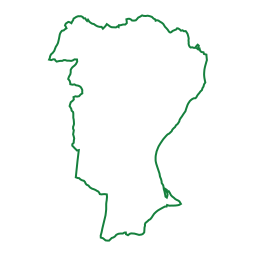 outline of São Francisco de Itabapoana, Rio de Janeiro, Brazil
{"feature_id": "56859067B40188344315661", "entity_name": "São Francisco de Itabapoana", "entity_type": "district", "adm_level": 2, "iso_a3": "BRA", "parent_name": "Brazil", "parent_adm1": "Rio de Janeiro", "projection": "mercator", "projection_center": [-41.135, -21.454], "detail": "fine", "context": "isolated", "style": "outline", "palette": "green", "viewbox_px": 256, "rotation_deg": 0, "n_neighbors": 0, "source": "geoboundaries", "source_scale": "gbopen_adm2", "svg_char_len": 4493}
<svg xmlns="http://www.w3.org/2000/svg" viewBox="0 0 256 256"><path d="M65.0,25.4L65.7,26.5L66.5,28.3L64.9,29.3L63.7,30.4L61.9,30.8L60.6,32.5L59.8,34.4L59.4,36.6L59.0,38.7L58.6,40.4L58.0,42.9L57.1,44.8L55.8,46.8L55.0,48.8L54.3,50.8L52.8,52.8L51.0,54.4L50.1,56.3L49.8,58.1L49.1,59.6L51.3,60.1L53.2,59.3L54.7,59.4L55.6,60.7L56.7,61.6L58.4,61.2L60.0,60.9L62.2,60.9L63.8,60.1L65.2,60.1L67.1,60.7L69.3,60.7L71.2,60.9L72.6,60.5L74.5,59.4L77.0,59.5L77.2,61.6L75.9,64.1L74.5,65.6L73.3,66.5L72.2,67.5L71.4,68.6L70.7,69.9L70.7,72.4L70.3,74.4L69.5,75.7L68.8,77.1L68.2,79.0L69.6,80.7L70.2,82.7L70.3,84.2L72.4,84.7L74.5,84.4L76.0,85.3L78.0,85.6L79.5,86.2L80.7,87.1L81.6,88.5L82.3,90.1L82.2,91.7L82.3,93.4L80.6,94.5L79.1,96.2L77.0,96.6L75.5,96.3L73.5,97.1L73.8,99.5L72.5,100.9L70.8,102.2L70.1,104.3L69.6,106.1L70.4,107.3L71.3,108.9L71.6,110.6L73.1,112.1L73.3,113.5L73.3,114.9L73.3,116.4L73.3,117.8L73.7,119.6L73.9,121.9L74.0,124.0L73.6,125.5L73.1,126.8L73.1,128.8L73.8,130.2L73.5,132.2L73.1,134.3L73.7,136.3L74.2,138.4L73.8,140.8L73.7,142.8L72.3,144.2L72.3,145.7L73.4,146.8L74.4,147.9L77.0,150.5L78.8,150.1L77.5,161.0L75.8,177.3L77.7,178.0L79.2,178.2L80.4,179.4L82.1,180.3L83.9,180.8L85.0,182.0L85.6,183.5L86.6,184.7L88.4,185.5L90.0,187.4L91.9,188.6L94.0,189.3L95.6,190.0L96.8,190.8L98.1,191.4L99.1,192.5L99.8,194.1L101.5,194.4L103.0,194.2L104.7,194.1L106.8,194.4L107.0,197.0L106.8,199.0L106.7,200.3L106.4,202.1L106.2,204.0L106.2,209.4L105.8,213.0L105.5,215.4L102.4,228.3L101.6,232.2L100.7,235.6L100.8,237.6L102.9,238.2L105.6,240.4L107.4,240.6L109.1,240.6L110.2,239.5L111.7,238.0L113.5,237.4L115.0,236.4L116.3,234.8L118.4,233.8L120.7,233.5L122.9,233.5L124.4,232.6L125.8,232.5L126.0,234.2L128.0,235.2L129.8,233.8L131.2,233.4L134.4,233.6L136.6,234.2L139.1,234.9L141.7,234.5L143.0,233.8L144.2,232.4L144.4,230.0L144.5,227.6L145.0,225.7L144.9,224.3L145.5,222.9L146.5,222.1L147.7,221.1L148.8,220.0L150.3,219.2L151.7,217.5L152.9,215.6L154.2,213.7L156.2,211.8L158.0,210.4L160.2,209.1L162.9,207.6L165.0,206.5L166.6,206.5L167.1,205.0L169.2,205.7L171.4,205.6L173.4,205.6L175.6,205.5L178.0,205.2L179.4,204.8L180.9,203.9L179.4,201.4L178.1,200.5L176.5,199.8L175.2,199.0L173.7,197.6L172.2,196.5L170.9,195.1L169.7,192.7L168.7,191.2L167.0,192.3L167.6,194.6L167.3,196.1L166.8,197.6L165.5,196.6L165.3,195.3L164.4,191.0L163.8,189.2L163.5,186.8L163.2,185.3L161.7,183.0L161.6,181.4L161.1,179.3L160.0,176.6L159.5,173.6L157.3,167.0L156.3,163.9L155.8,161.8L155.6,160.3L155.6,158.7L155.6,157.1L155.8,155.2L156.2,153.4L156.6,151.4L157.2,149.9L157.8,148.3L158.6,146.4L159.8,144.4L160.8,142.8L161.9,141.2L162.7,140.0L163.5,138.9L164.9,137.3L166.3,135.7L167.6,134.4L169.3,133.5L170.4,132.4L171.6,131.3L172.4,129.6L173.8,128.1L175.0,127.1L176.0,125.3L177.6,124.0L179.2,121.6L179.7,119.7L180.6,118.2L182.0,116.3L183.2,114.4L184.3,112.8L185.4,111.3L186.1,109.0L186.8,107.0L187.5,105.0L188.3,103.4L189.1,102.2L189.9,101.0L191.0,100.0L192.3,99.0L193.8,98.3L195.5,98.2L196.4,97.2L197.2,95.7L198.1,94.4L199.1,93.3L200.4,91.5L201.9,90.1L202.5,88.1L203.5,86.6L203.8,85.2L204.3,83.9L205.3,82.5L204.8,80.0L204.4,77.9L204.2,76.1L204.1,74.4L204.2,72.3L204.4,69.8L204.8,67.6L205.3,65.6L205.9,63.5L206.3,62.0L206.9,60.1L206.7,58.1L206.5,56.0L206.4,54.6L204.0,54.0L203.5,52.3L201.4,52.0L200.1,50.7L199.6,48.7L198.3,49.5L197.1,48.5L198.4,47.6L198.8,45.7L197.7,44.7L196.7,45.7L195.9,46.8L195.0,47.9L193.7,47.8L192.3,47.3L190.6,47.5L189.6,46.6L188.9,45.1L188.6,43.7L188.7,42.3L188.5,40.5L188.7,38.4L188.3,36.6L187.6,34.0L186.8,32.6L185.7,31.1L183.8,31.2L182.6,30.3L181.0,30.7L179.7,29.4L178.3,28.5L177.1,28.3L176.3,29.4L174.6,30.1L172.5,31.0L171.4,32.1L170.2,32.5L169.0,31.7L167.7,29.7L166.3,28.1L165.0,26.8L163.3,24.0L161.9,22.8L159.7,21.5L158.5,20.6L156.9,20.2L155.6,20.7L155.2,19.4L153.6,18.6L151.9,16.9L149.9,16.2L147.7,15.7L145.8,16.0L143.7,15.9L142.1,15.4L140.4,16.5L138.2,17.6L136.9,19.2L135.8,20.3L134.0,20.6L132.0,20.5L131.0,19.5L129.5,18.8L128.1,18.8L126.4,19.3L126.7,21.3L126.8,23.1L125.3,24.5L123.1,24.5L120.7,25.2L118.9,25.2L118.6,27.1L117.4,26.4L116.0,27.4L113.7,27.3L111.6,27.2L110.2,26.6L108.5,25.3L106.8,24.1L105.6,25.9L104.4,27.2L102.9,28.7L101.6,26.9L99.7,26.9L97.4,26.3L95.6,25.3L93.8,24.0L92.2,23.7L91.0,23.0L89.4,21.8L88.0,19.7L87.1,21.0L86.1,19.9L85.2,18.3L83.6,18.3L82.7,17.0L80.9,16.2L79.6,16.3L78.2,16.2L76.3,16.9L75.1,17.7L73.6,18.6L73.1,20.2L72.1,21.7L71.4,23.2L69.9,22.3L68.3,21.9L67.0,22.8L65.8,23.6L65.0,25.4ZM167.0,192.3L166.8,189.9L165.1,188.8L165.8,191.0L167.0,192.3Z" fill="none" stroke="#15803d" stroke-width="2"/></svg>